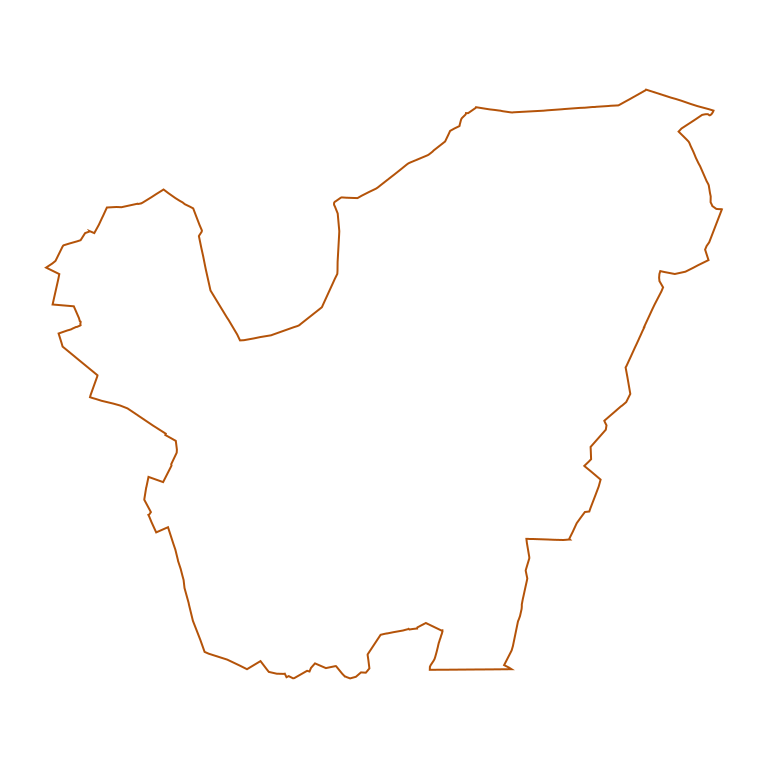 Mārsnēnu pag., Priekulu, Latvia
{"feature_id": "27541924B8577335378902", "entity_name": "Mārsnēnu pag.", "entity_type": "district", "adm_level": 2, "iso_a3": "LVA", "parent_name": "Latvia", "parent_adm1": "Priekulu", "projection": "albers", "projection_center": [25.58, 57.424], "detail": "fine", "context": "isolated", "style": "outline", "palette": "amber", "viewbox_px": 768, "rotation_deg": 0, "n_neighbors": 0, "source": "geoboundaries", "source_scale": "gbopen_adm2", "svg_char_len": 5986}
<svg xmlns="http://www.w3.org/2000/svg" viewBox="0 0 768 768"><path d="M466.0,113.1L466.0,113.5L465.6,114.4L465.1,115.0L462.4,117.6L462.0,118.0L461.5,118.7L461.0,119.9L459.7,124.8L459.6,125.8L459.4,126.1L454.4,128.5L450.1,130.9L448.7,134.0L445.1,141.5L433.6,150.5L432.7,151.5L430.7,153.1L428.6,154.7L427.7,155.2L425.1,156.3L410.7,162.3L408.5,163.3L406.8,164.5L401.0,169.2L393.7,175.0L391.1,177.0L386.5,180.6L381.0,184.9L378.5,186.9L377.6,187.6L377.3,187.8L375.9,188.7L369.2,191.9L361.7,195.7L357.5,198.1L351.5,197.9L346.1,197.7L344.7,197.6L341.7,197.4L340.8,197.7L335.8,201.2L335.2,201.5L334.6,202.0L334.1,202.9L334.0,204.2L334.2,205.1L335.0,206.7L337.7,213.5L339.3,231.2L339.1,235.2L337.6,262.0L337.5,270.7L337.3,273.9L334.8,278.9L332.5,284.0L330.2,289.0L322.7,305.4L322.2,306.6L321.8,307.3L321.3,307.7L299.8,324.7L299.6,325.0L299.3,325.1L299.1,325.3L297.6,326.0L293.8,327.2L272.7,334.7L271.1,335.3L260.1,337.1L253.9,338.4L243.9,340.2L240.0,340.4L237.2,334.5L234.4,329.8L228.6,320.0L227.0,317.6L224.8,314.0L216.7,300.7L210.5,290.5L205.8,269.4L205.1,266.0L203.2,256.4L201.3,247.8L199.0,236.6L198.9,236.1L199.2,235.5L199.8,234.6L201.7,231.7L201.9,230.5L201.5,229.5L201.1,228.6L199.5,224.9L196.2,216.3L193.2,208.4L189.8,206.6L184.8,204.2L182.6,202.4L180.6,201.3L179.4,200.6L175.4,198.1L168.3,193.1L164.1,189.9L163.5,189.5L163.2,189.7L162.8,190.0L156.2,194.1L151.6,197.1L142.2,202.9L140.8,203.4L140.8,203.5L138.0,204.0L137.6,203.7L121.5,207.2L116.4,207.0L106.9,207.5L103.0,216.0L102.1,217.8L98.9,224.7L95.0,231.8L94.3,233.1L89.6,231.1L89.8,231.4L85.1,233.1L80.6,240.2L76.9,241.4L69.8,243.4L63.6,245.3L63.2,245.6L62.5,246.7L55.7,260.5L55.4,261.0L54.8,261.5L52.3,263.5L46.1,267.6L57.3,273.1L59.3,274.1L58.3,279.1L57.0,284.9L52.6,304.5L73.8,306.3L79.0,318.2L79.8,321.1L80.2,321.3L80.6,321.6L80.6,322.6L80.4,323.2L80.4,324.4L80.6,325.2L80.2,325.5L77.0,326.9L76.0,327.0L73.0,328.4L72.6,328.5L71.5,329.2L69.4,329.9L67.5,330.4L58.6,333.5L61.5,342.8L62.6,346.6L79.6,360.6L97.5,375.3L97.2,376.6L94.0,385.5L90.6,395.0L90.0,397.2L92.4,398.0L93.8,398.4L95.6,398.9L101.6,400.8L113.3,403.6L120.1,405.5L127.5,408.4L153.2,425.7L165.3,433.4L165.8,433.7L165.3,435.0L175.8,440.9L176.9,449.6L176.7,452.7L171.4,463.8L171.2,464.2L171.5,465.6L170.5,467.6L163.1,482.1L148.5,476.9L146.4,487.0L146.2,487.5L144.3,499.3L144.3,499.8L150.9,512.1L149.4,514.3L149.1,514.6L148.4,514.9L148.6,515.3L149.2,516.5L151.4,521.9L154.0,527.6L155.2,530.2L155.7,531.3L156.2,532.4L168.0,527.2L173.4,543.9L175.4,549.8L177.9,560.0L178.0,560.8L180.7,569.0L182.4,575.6L183.6,580.0L184.5,588.0L188.6,602.8L189.0,604.8L192.9,620.8L200.3,639.8L204.6,651.9L208.5,653.6L209.0,653.8L227.2,659.6L239.6,665.5L247.0,669.2L260.5,661.1L266.6,669.1L268.8,671.9L276.7,673.7L284.3,673.9L284.8,673.7L286.5,677.2L288.7,676.1L293.0,678.3L294.3,678.1L307.1,670.8L309.5,671.5L311.0,667.9L315.0,663.4L325.9,668.1L335.5,666.1L336.1,666.2L342.1,673.6L344.9,676.5L345.1,676.4L346.6,677.1L350.1,678.4L355.9,676.8L361.0,672.4L365.8,672.7L366.5,671.9L367.7,670.5L368.3,669.7L369.2,668.7L369.4,668.4L368.4,660.3L367.6,654.8L367.7,654.3L376.9,640.4L377.6,639.3L377.7,639.2L380.6,634.8L384.4,633.9L384.6,633.9L384.9,633.8L386.9,633.4L387.0,633.5L393.4,632.2L403.0,630.5L405.5,629.8L408.6,629.0L408.7,628.9L409.4,629.5L412.6,629.0L416.9,628.5L417.1,628.5L417.1,628.2L417.4,627.4L425.8,623.0L440.6,630.1L441.3,630.5L442.4,630.3L442.5,631.5L442.2,632.3L441.8,633.9L441.2,635.4L440.7,637.2L440.3,638.4L439.9,639.4L439.6,640.4L439.4,641.1L439.2,641.7L438.9,642.6L438.7,643.1L438.6,643.7L438.4,644.4L438.2,645.3L438.0,646.2L437.8,647.2L437.6,647.9L436.9,650.8L436.1,653.8L435.2,657.0L434.5,659.1L433.5,660.9L430.7,665.1L429.9,666.8L429.8,669.8L449.4,669.7L474.6,669.5L490.4,669.4L511.5,669.2L509.0,667.6L504.1,665.1L505.0,663.4L506.7,660.1L511.6,650.5L512.9,646.1L513.1,645.1L518.0,621.3L518.8,619.4L520.0,616.1L521.6,609.0L521.8,606.8L521.8,604.4L522.9,598.6L523.4,596.5L525.4,587.3L526.8,581.0L527.3,578.5L527.2,578.0L525.7,570.7L525.7,570.4L525.8,570.0L526.0,569.3L528.5,561.0L529.0,559.3L529.2,558.7L529.3,558.2L529.3,557.8L529.3,557.2L526.9,543.0L526.5,539.8L526.4,538.9L528.4,538.9L529.7,539.0L533.0,539.0L547.5,539.5L554.5,539.8L563.4,540.0L569.3,539.5L569.9,539.5L569.5,539.1L569.3,538.7L572.7,531.9L576.7,523.2L580.8,517.5L584.9,512.0L589.3,511.5L590.4,508.3L595.5,495.0L598.7,486.5L600.6,479.6L591.4,471.8L584.7,466.3L584.3,465.9L588.8,461.6L591.1,459.2L590.8,451.3L590.6,446.9L590.8,446.7L605.8,429.7L606.5,425.3L605.4,423.2L604.3,420.8L604.8,420.3L621.0,406.3L622.1,405.6L626.2,402.1L630.3,393.9L627.4,377.1L625.6,367.4L626.3,366.3L626.5,365.9L627.8,363.1L628.8,360.9L630.3,357.7L634.8,347.8L636.7,343.8L638.9,339.0L639.5,337.6L640.4,335.7L642.5,331.0L644.3,327.3L644.0,327.2L648.9,316.7L652.3,309.3L654.6,304.5L661.4,291.4L663.1,287.3L662.8,286.9L660.5,282.9L659.4,281.0L659.4,280.3L659.1,277.8L659.3,275.3L659.4,274.0L660.3,271.1L664.3,272.0L674.8,274.0L685.4,271.7L693.2,267.8L698.1,265.2L708.5,260.1L705.1,249.6L706.6,246.0L709.2,242.3L721.9,209.3L721.6,209.2L718.5,209.1L717.3,209.0L716.3,208.9L712.3,206.0L711.9,204.9L710.6,202.2L710.7,196.3L710.4,195.0L710.0,193.1L708.8,185.6L708.4,184.4L707.0,181.8L706.7,181.3L700.1,166.2L698.5,163.3L695.8,157.7L694.8,155.2L693.2,151.4L690.5,145.7L689.5,143.2L688.6,141.6L686.4,139.3L678.6,131.6L681.5,128.5L695.9,119.1L702.1,114.9L704.5,114.4L705.9,114.2L706.5,114.2L707.9,114.2L708.5,114.6L709.4,115.3L710.1,115.2L711.0,114.6L711.5,114.1L712.0,113.5L713.1,111.7L713.5,110.6L708.9,109.2L697.4,106.1L690.5,103.9L681.3,100.7L675.9,99.0L671.2,97.7L646.0,89.6L645.6,90.2L632.5,97.6L629.7,99.2L626.0,101.2L618.6,105.3L618.2,105.4L610.2,105.8L608.6,106.0L596.0,106.8L595.7,106.9L594.3,107.0L592.5,107.0L585.0,107.7L579.8,107.9L564.8,109.0L561.5,109.3L556.0,109.7L547.5,110.3L543.4,110.7L535.6,111.1L513.6,112.3L512.3,112.5L511.2,112.4L510.3,112.3L502.7,111.2L500.0,110.6L499.5,110.6L494.3,109.9L489.8,109.4L484.7,108.6L476.0,107.2L475.7,107.9L468.2,113.1L466.0,113.1Z" fill="none" stroke="#b45309" stroke-width="2"/></svg>